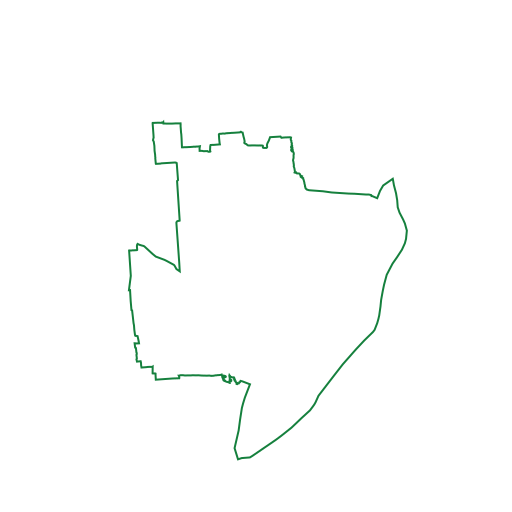 Gogosu, Mehedinti, Romania, rotated 238°
{"feature_id": "2599482B64011010556903", "entity_name": "Gogosu", "entity_type": "district", "adm_level": 2, "iso_a3": "ROU", "parent_name": "Romania", "parent_adm1": "Mehedinti", "projection": "orthographic", "projection_center": [22.618, 44.365], "detail": "fine", "context": "isolated", "style": "outline", "palette": "green", "viewbox_px": 512, "rotation_deg": 238, "n_neighbors": 0, "source": "geoboundaries", "source_scale": "gbopen_adm2", "svg_char_len": 6056}
<svg xmlns="http://www.w3.org/2000/svg" viewBox="0 0 512 512"><g transform="rotate(238 256 256)"><path d="M368.4,310.3L368.1,310.0L368.1,309.8L368.6,309.3L369.3,309.1L369.5,308.8L369.3,308.0L372.5,302.0L373.4,300.5L373.6,300.0L374.8,297.7L375.1,297.4L375.3,296.7L375.9,295.8L376.3,294.5L377.6,292.5L378.2,291.0L378.6,290.5L379.0,289.6L379.0,289.4L378.7,288.9L375.0,286.9L370.9,284.9L369.8,284.5L372.5,279.3L372.6,279.0L373.0,278.5L374.2,276.3L373.4,275.4L369.8,272.9L369.4,272.8L369.0,272.8L368.8,272.7L368.8,272.4L369.1,271.7L369.7,270.8L370.7,270.4L372.0,268.3L372.4,267.4L373.8,265.9L375.0,263.9L377.1,265.1L378.8,266.6L379.2,265.6L380.3,263.5L380.6,263.2L380.8,262.4L381.2,261.8L381.6,261.4L382.0,260.4L382.5,259.5L383.0,258.5L385.7,253.7L386.0,253.3L387.1,251.2L387.4,250.8L395.0,255.1L398.7,257.1L400.5,257.9L403.5,259.5L406.0,260.8L407.7,261.9L408.5,262.3L408.9,261.5L410.7,258.7L412.7,255.1L416.1,249.7L417.1,248.2L417.4,247.7L418.6,248.3L418.5,248.0L418.6,247.8L419.0,247.3L419.1,247.0L418.9,246.6L420.8,243.8L423.6,238.9L423.4,238.7L412.8,233.1L411.2,232.2L410.9,232.1L408.8,230.0L407.2,229.9L403.3,228.2L398.9,225.7L395.1,224.0L394.1,223.4L392.6,222.7L392.3,222.4L387.3,219.9L387.2,219.9L384.9,224.1L384.8,224.7L378.2,236.9L377.6,237.6L377.3,237.6L376.8,238.0L361.7,230.1L361.4,228.8L326.6,210.1L326.4,209.9L327.1,208.3L327.2,207.2L326.7,206.4L326.4,206.1L290.9,187.3L283.4,183.2L287.1,181.6L290.6,181.8L291.5,181.8L292.3,181.5L299.2,177.6L301.3,176.3L308.6,170.7L312.8,169.3L323.4,166.4L324.4,165.7L325.3,164.8L327.5,162.9L329.0,162.0L328.6,161.2L327.7,160.4L326.9,159.9L324.3,158.6L324.1,158.4L324.1,158.2L324.2,157.9L325.5,155.5L326.3,154.2L326.7,153.2L327.2,152.4L327.7,151.8L327.9,151.3L305.5,139.3L294.3,130.1L293.8,131.1L284.3,125.9L276.1,121.7L275.5,122.1L264.0,116.6L261.9,115.8L257.9,113.7L253.5,111.7L252.7,111.4L252.2,111.4L251.7,112.2L250.8,113.1L245.8,111.3L243.9,110.5L245.3,108.1L245.6,107.8L246.3,106.8L242.6,105.1L242.3,105.0L241.9,105.4L241.4,105.3L237.6,103.5L237.1,103.5L236.0,102.9L235.9,102.6L235.5,102.2L232.3,100.7L232.0,100.4L231.8,99.9L229.5,99.1L228.0,102.2L227.9,102.4L226.4,101.9L224.1,100.6L222.1,99.8L219.8,104.2L219.2,105.6L217.3,108.7L217.0,109.4L217.0,109.8L211.4,106.2L211.2,106.1L211.0,106.3L209.9,108.2L209.5,108.5L207.7,107.4L204.2,105.5L196.2,120.6L193.0,126.1L193.3,126.4L194.6,127.0L195.4,127.1L195.2,127.4L195.1,128.2L194.8,129.0L193.7,130.8L192.5,132.2L189.2,137.6L188.5,139.0L186.5,142.0L185.4,143.9L183.4,146.6L180.5,151.0L179.4,153.0L178.0,154.6L178.0,154.8L177.2,156.0L176.2,158.5L175.8,159.1L175.4,160.1L174.4,161.9L173.6,163.8L173.6,164.0L172.5,163.7L172.4,163.9L172.4,164.2L171.8,165.1L171.0,165.9L170.4,166.4L170.0,166.5L169.6,166.4L169.5,165.9L169.6,165.4L170.3,164.8L171.1,163.6L171.1,163.4L171.0,163.2L169.7,163.0L169.5,163.3L169.0,163.6L168.2,163.1L168.4,162.7L168.0,162.6L167.6,163.1L167.4,163.4L167.0,163.6L166.7,163.1L164.8,164.5L163.5,165.8L162.4,166.3L162.3,166.5L162.9,166.7L163.4,166.7L164.3,167.5L163.9,167.9L163.4,167.8L163.2,168.2L163.3,168.4L163.1,168.5L163.2,168.9L163.9,169.3L164.5,169.2L164.9,168.9L165.1,168.5L165.5,168.5L166.3,169.0L168.6,169.9L168.9,170.2L168.5,170.2L168.3,170.4L167.9,170.4L167.9,170.1L167.7,170.0L165.5,171.7L165.2,172.3L164.7,172.6L164.8,172.9L164.7,173.0L164.1,172.9L163.8,172.9L163.3,172.2L162.5,172.6L162.0,171.9L161.7,171.8L160.9,172.2L160.7,172.3L160.6,172.1L160.3,172.2L160.0,172.0L159.3,172.1L158.6,172.6L158.1,171.9L157.8,171.7L157.3,172.1L157.3,172.7L157.7,173.2L157.4,173.5L157.1,174.0L157.3,174.3L157.4,174.1L157.5,174.6L157.8,175.0L157.5,175.5L158.3,176.7L156.8,178.1L150.4,182.9L141.8,171.5L137.8,166.9L134.6,163.5L125.8,155.9L117.2,148.8L104.4,136.0L93.1,133.0L92.2,136.8L88.4,144.1L88.4,147.2L89.6,175.7L90.1,181.8L91.6,195.1L94.4,208.7L96.5,220.0L98.2,224.4L99.2,226.8L100.4,229.0L104.4,235.0L113.3,258.9L118.2,272.3L123.9,291.4L127.0,303.1L129.6,315.0L130.5,317.4L134.8,323.2L137.7,326.4L140.3,329.0L147.2,334.8L152.5,338.9L159.1,344.9L163.9,349.5L170.8,356.9L177.2,367.8L180.2,374.9L184.0,383.1L187.9,389.0L191.0,392.3L197.6,397.4L204.7,399.5L209.0,400.1L216.7,400.7L222.2,402.0L228.5,405.3L235.0,408.0L243.0,410.5L247.7,412.4L249.0,412.9L248.4,401.2L245.5,395.7L240.8,389.4L245.4,386.2L245.5,385.9L245.6,385.7L246.4,386.0L246.6,386.0L248.3,384.3L250.1,381.5L256.6,372.5L259.8,367.7L269.8,353.8L275.4,347.1L283.7,335.8L285.4,334.3L285.9,334.3L286.7,333.9L287.2,333.9L288.3,334.4L288.8,334.3L289.8,334.9L291.8,335.5L292.6,335.9L295.5,336.8L296.2,336.8L297.0,337.3L297.3,337.2L297.9,336.5L298.4,336.3L298.9,336.2L299.1,336.0L299.5,335.9L299.7,336.1L299.8,336.3L299.7,336.4L299.6,336.8L299.9,336.7L299.9,336.9L300.8,336.3L302.0,336.6L302.4,336.6L303.1,336.3L304.4,334.4L304.9,334.2L305.2,334.3L305.3,334.2L305.6,334.3L305.9,333.5L305.9,333.3L306.3,333.0L306.5,333.4L307.3,333.9L309.7,334.9L311.0,335.3L311.8,335.4L312.1,335.6L312.8,336.2L313.3,336.3L313.9,336.8L314.5,336.9L315.9,337.6L317.3,338.0L318.2,338.7L319.2,339.8L321.8,341.4L322.4,342.1L323.5,342.6L325.0,342.8L325.4,342.4L325.4,342.2L325.7,341.9L326.0,341.9L326.1,342.1L326.4,341.9L326.6,342.0L326.9,342.0L327.1,341.9L327.5,342.2L327.5,342.4L327.0,343.0L326.7,342.9L326.5,342.6L326.8,342.4L326.3,342.6L326.1,342.9L326.4,343.4L327.9,343.8L328.5,344.3L329.3,344.5L329.1,344.0L329.4,343.3L329.7,343.4L329.9,343.5L329.9,343.9L330.0,344.1L330.6,344.6L330.3,344.6L330.2,344.9L330.3,345.1L330.6,345.2L332.0,345.5L332.3,346.0L333.0,346.3L333.5,346.2L334.1,346.4L334.8,347.0L335.2,347.1L335.8,347.0L336.2,347.1L336.8,347.5L337.9,348.5L338.6,347.9L341.6,342.7L342.8,340.2L344.3,340.1L349.3,330.9L347.1,328.1L345.7,325.7L345.1,324.9L344.2,324.0L342.8,323.4L342.3,323.0L342.2,322.7L342.1,322.2L343.5,319.9L343.9,319.5L344.3,319.3L345.7,320.2L346.0,320.2L346.4,319.8L347.2,318.7L347.4,318.1L347.7,317.9L348.4,316.7L348.5,316.4L348.9,315.9L350.6,313.3L352.2,310.8L352.4,310.2L352.9,309.6L353.4,308.6L354.3,307.6L356.1,307.1L356.4,306.8L357.6,306.1L358.1,306.0L358.4,306.2L359.0,306.9L359.2,307.1L361.8,308.1L363.9,308.7L368.4,310.3Z" fill="none" stroke="#15803d" stroke-width="2"/></g></svg>